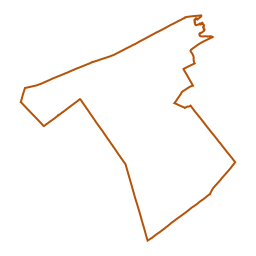 the district of Necsesti, Teleorman, Romania
{"feature_id": "2599482B69205667822584", "entity_name": "Necsesti", "entity_type": "district", "adm_level": 2, "iso_a3": "ROU", "parent_name": "Romania", "parent_adm1": "Teleorman", "projection": "orthographic", "projection_center": [25.149, 44.256], "detail": "fine", "context": "isolated", "style": "outline", "palette": "amber", "viewbox_px": 256, "rotation_deg": 0, "n_neighbors": 0, "source": "geoboundaries", "source_scale": "gbopen_adm2", "svg_char_len": 5207}
<svg xmlns="http://www.w3.org/2000/svg" viewBox="0 0 256 256"><path d="M147.6,240.6L152.2,237.7L155.3,235.2L157.0,233.9L158.6,232.9L160.1,231.8L160.4,231.6L164.1,228.8L166.2,227.1L167.6,226.1L171.4,222.9L174.4,220.7L174.7,220.4L175.7,219.7L178.2,217.8L180.4,216.3L181.8,215.3L185.6,212.5L186.9,211.5L188.4,210.3L189.2,209.7L190.7,208.4L191.7,207.6L193.1,206.7L194.2,206.0L195.7,204.9L196.6,204.3L199.5,201.9L200.4,201.2L202.5,199.8L203.9,198.8L204.3,198.4L205.4,197.6L209.2,194.5L209.9,194.1L210.1,194.1L210.1,193.8L210.7,192.5L212.6,188.9L213.1,188.2L215.7,185.2L216.7,184.2L217.7,183.0L218.0,182.7L218.7,181.9L220.7,179.7L221.0,179.2L222.3,177.6L228.0,171.2L229.9,168.9L230.4,168.4L230.8,167.9L231.7,166.6L234.7,162.9L235.2,162.2L232.9,159.3L232.1,158.2L227.2,152.2L225.8,150.4L223.1,147.0L221.9,145.5L221.0,144.2L218.6,141.3L214.8,136.4L211.3,132.2L208.6,128.7L205.3,124.6L203.8,122.5L202.9,121.4L200.0,117.7L199.0,116.5L194.8,111.3L193.3,109.3L190.5,105.6L189.9,106.0L188.9,106.5L188.5,106.6L188.3,106.6L187.4,106.6L185.6,107.5L184.6,107.9L184.4,107.6L184.0,107.3L183.4,107.1L182.1,106.6L180.4,105.8L180.0,105.7L176.3,103.9L174.4,103.1L174.5,103.0L175.4,101.9L177.1,99.5L177.5,98.7L178.3,97.6L180.3,94.8L181.1,93.5L181.2,93.1L181.5,92.6L181.7,92.4L182.7,91.3L183.0,91.1L183.8,90.6L184.1,90.5L185.3,89.7L186.3,89.0L187.1,88.5L189.2,87.1L190.4,86.5L190.8,86.3L192.3,85.9L193.0,85.7L191.3,82.7L190.4,81.1L189.0,78.7L188.4,77.6L186.2,73.8L183.5,69.2L183.5,68.9L189.1,66.1L194.7,63.4L194.2,62.5L194.0,61.9L193.8,61.3L193.7,60.8L193.6,58.7L193.7,57.7L193.6,57.0L193.2,55.6L193.0,55.3L192.8,54.9L192.5,54.0L191.3,52.4L191.0,51.9L190.9,51.7L190.6,51.1L190.5,50.8L190.5,50.6L190.6,50.4L190.8,50.1L191.0,49.8L191.2,49.6L191.7,49.2L192.3,48.8L192.5,48.6L199.6,43.6L202.1,42.2L204.8,40.8L210.5,38.1L210.9,37.8L211.6,37.6L212.1,37.4L212.7,37.0L212.3,36.7L211.1,36.7L210.9,36.3L210.7,36.3L210.4,36.3L210.2,36.2L209.6,36.5L209.3,36.5L209.0,36.4L208.7,36.4L208.1,36.6L207.8,36.7L207.6,36.6L207.3,36.4L206.9,36.4L206.6,36.4L206.3,36.3L205.5,36.2L203.9,36.4L203.4,36.5L200.8,36.3L200.4,36.2L200.0,36.0L199.8,35.7L199.7,35.4L199.4,34.7L199.3,34.4L199.3,34.2L199.6,33.9L200.1,33.6L200.1,33.2L200.2,32.9L200.4,32.8L201.0,32.9L201.4,32.8L202.3,32.2L202.5,32.0L202.7,31.8L203.1,31.6L203.5,31.1L203.9,30.9L204.1,30.8L204.2,30.6L204.2,30.4L204.1,30.2L204.0,29.9L204.3,29.9L204.6,29.6L204.6,29.4L204.5,29.1L204.2,28.9L203.9,28.7L203.7,28.1L203.4,27.8L203.1,27.5L203.0,27.4L203.0,27.2L203.6,27.0L203.8,26.9L203.9,26.7L203.9,26.3L203.8,25.9L203.9,25.7L203.9,25.3L203.7,25.1L203.7,24.9L203.7,24.7L202.8,24.3L202.7,24.2L202.8,23.8L202.8,23.7L202.7,23.1L202.2,22.7L202.1,22.8L202.0,23.0L201.9,23.2L201.8,23.5L201.4,24.2L201.1,24.5L200.9,24.5L200.9,24.4L200.8,23.9L200.6,23.5L200.4,23.4L200.2,23.4L200.0,23.5L200.3,23.8L200.3,24.0L200.1,24.2L199.0,24.5L198.9,24.5L198.7,24.4L198.4,24.5L197.5,24.8L197.0,24.9L196.1,25.2L195.8,25.1L195.2,24.4L194.8,23.5L194.8,23.4L195.0,23.1L195.1,22.6L194.8,22.4L194.6,22.1L194.8,21.8L194.8,21.6L194.7,21.5L194.5,21.0L194.4,20.8L194.4,20.5L194.4,20.3L194.5,20.0L194.9,20.1L195.0,20.1L195.0,19.9L195.1,19.7L195.3,19.1L195.6,18.7L195.8,18.3L196.0,18.2L196.3,18.2L196.5,18.2L196.7,18.3L196.7,18.6L197.0,19.3L197.3,19.6L197.5,19.6L197.6,19.4L198.0,19.0L198.9,18.3L199.6,17.7L200.8,16.8L201.1,16.5L201.2,16.2L201.3,16.0L201.3,15.8L201.3,15.6L201.2,15.4L200.8,15.4L200.5,15.5L192.7,16.2L187.0,16.9L186.4,17.0L185.5,17.3L184.8,17.5L184.7,17.6L184.8,18.0L184.7,18.1L184.2,18.2L183.7,18.2L183.5,18.3L183.3,18.5L179.4,20.6L178.2,21.1L175.5,22.6L171.9,24.4L171.2,24.7L167.4,26.8L162.0,29.7L157.9,31.8L156.9,32.2L152.3,34.7L146.7,37.7L144.9,38.7L140.1,41.2L136.1,43.5L131.4,45.8L130.6,46.3L130.0,46.6L126.9,48.1L120.4,51.5L117.3,53.1L113.4,55.1L111.3,55.8L110.0,56.4L108.7,56.8L108.4,56.9L101.0,59.3L96.8,60.8L96.6,60.9L96.3,60.9L92.3,62.2L92.1,62.0L91.9,62.2L91.4,62.6L90.3,63.1L85.3,65.1L81.4,66.7L76.2,68.7L70.6,71.1L66.7,72.9L66.3,72.9L65.3,73.4L64.4,73.8L62.7,74.5L53.2,78.3L50.6,79.5L48.9,80.3L45.4,81.8L43.1,82.9L41.2,83.7L39.3,84.4L36.9,85.3L36.5,85.4L31.7,86.5L29.2,87.1L25.0,88.0L24.6,89.2L22.8,94.9L20.8,102.2L21.1,102.3L27.2,108.8L39.0,121.0L43.5,125.9L44.1,126.0L45.7,124.7L54.3,118.5L57.5,116.0L58.0,115.7L58.2,115.2L58.3,115.2L58.3,114.9L58.5,114.8L59.1,114.8L59.5,114.6L61.5,113.0L62.6,112.2L63.1,111.9L65.1,110.4L66.6,109.2L70.2,106.5L71.2,105.7L72.9,104.5L73.2,104.3L74.4,103.3L75.0,102.9L77.2,101.3L79.9,99.1L80.1,99.2L80.6,99.7L81.7,101.2L82.0,101.6L82.6,102.6L82.9,103.0L83.4,103.7L83.9,104.6L85.2,106.3L86.3,107.9L86.7,108.6L87.2,109.1L88.1,110.5L89.7,112.7L89.9,113.2L90.5,114.0L91.8,115.9L92.8,117.3L93.5,118.4L94.1,119.2L96.4,122.7L97.2,123.7L99.4,126.8L100.0,127.7L100.2,127.9L100.9,128.8L101.2,129.3L102.3,130.7L103.8,133.0L105.0,134.7L105.4,135.3L107.1,137.8L107.5,138.5L109.0,140.5L111.6,144.3L111.9,144.6L113.7,147.3L114.3,148.0L115.4,149.7L117.7,153.1L118.3,154.1L118.9,155.0L119.7,155.9L120.0,156.4L120.5,157.2L124.5,162.8L125.7,164.5L125.9,165.5L134.1,194.2L134.4,195.4L134.6,196.1L135.7,199.8L136.8,203.2L138.3,208.2L140.6,216.0L141.5,219.4L142.3,222.2L143.0,224.5L143.4,225.8L145.1,231.8L145.8,234.4L146.5,237.0L147.6,240.6Z" fill="none" stroke="#b45309" stroke-width="2"/></svg>